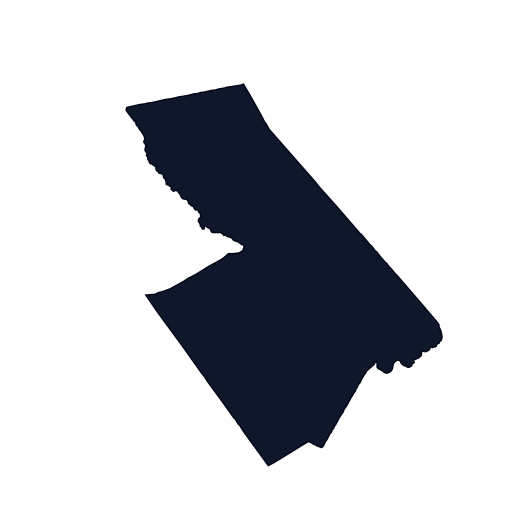 the district of Cahabón, Alta Verapaz, Guatemala, rotated 236°
{"feature_id": "79465075B65664017230403", "entity_name": "Cahabón", "entity_type": "district", "adm_level": 2, "iso_a3": "GTM", "parent_name": "Guatemala", "parent_adm1": "Alta Verapaz", "projection": "albers", "projection_center": [-89.715, 15.61], "detail": "fine", "context": "isolated", "style": "filled", "palette": "ink", "viewbox_px": 512, "rotation_deg": 236, "n_neighbors": 0, "source": "geoboundaries", "source_scale": "gbopen_adm2", "svg_char_len": 4737}
<svg xmlns="http://www.w3.org/2000/svg" viewBox="0 0 512 512"><g transform="rotate(236 256 256)"><path d="M449.4,229.8L439.2,230.3L438.6,230.6L436.2,230.4L434.8,231.2L431.4,230.1L429.2,230.7L426.1,230.2L423.5,230.6L417.7,230.3L414.9,229.1L413.7,227.1L412.5,226.5L411.7,227.0L409.7,226.5L408.8,226.2L408.3,225.8L407.9,225.2L407.0,224.2L406.5,223.7L406.0,223.3L405.2,223.0L402.9,223.1L402.4,223.1L401.6,222.7L401.3,222.1L400.8,221.5L400.0,221.4L399.5,221.6L398.9,221.6L398.3,221.4L397.6,221.0L396.6,220.4L395.8,220.4L394.9,220.5L394.0,220.3L393.3,220.0L392.8,220.0L392.0,220.0L391.5,220.2L391.1,220.5L390.8,220.9L390.1,221.5L389.6,221.5L388.4,221.8L387.9,222.1L387.2,222.4L386.7,222.7L386.2,222.8L385.4,222.7L384.7,222.2L384.1,221.8L383.4,221.5L383.0,221.4L382.1,221.4L380.7,222.1L380.3,222.1L379.6,221.9L378.9,221.9L378.4,222.3L378.0,222.8L377.1,223.8L376.3,224.1L375.7,224.2L375.2,224.3L374.4,224.4L373.8,223.9L373.3,223.5L372.7,223.3L372.1,223.3L371.6,223.5L370.9,223.7L370.3,223.6L368.9,223.3L368.3,223.1L367.8,222.9L366.9,222.5L366.6,222.2L365.8,221.8L365.0,221.9L364.3,222.6L363.9,223.2L363.2,223.5L362.3,223.4L361.7,223.9L361.3,224.5L360.7,224.6L360.2,224.4L359.8,223.7L359.1,223.1L358.5,223.1L357.8,223.3L356.8,223.5L356.0,223.7L355.7,224.1L355.6,224.7L355.6,225.1L355.7,225.6L355.4,226.1L354.8,226.4L354.4,226.8L354.0,227.5L353.2,227.5L352.3,227.4L351.8,227.3L351.0,227.4L350.2,227.5L349.8,227.6L349.2,227.5L348.5,227.4L347.9,227.3L347.3,227.1L345.3,227.2L344.5,227.4L343.8,227.9L343.4,228.4L342.5,229.2L341.9,229.9L341.0,230.3L340.3,230.4L339.7,230.4L339.2,230.4L338.5,230.2L338.1,229.9L337.4,229.6L336.8,229.7L336.4,230.0L335.8,230.4L335.1,230.2L334.4,230.3L333.7,230.6L333.2,231.1L332.7,231.4L331.9,231.8L331.2,231.6L330.4,231.4L329.7,231.4L329.0,231.6L328.3,231.6L327.7,231.9L327.5,232.3L327.2,232.8L326.7,233.4L326.0,233.6L325.3,233.4L324.7,233.1L324.2,233.0L323.8,233.1L323.2,233.4L322.6,233.6L321.9,233.5L321.4,233.2L320.9,232.9L320.5,232.6L319.8,232.3L319.4,232.0L319.0,231.3L318.9,230.4L318.7,229.8L318.5,228.9L318.1,228.5L317.2,227.8L316.5,227.6L315.1,227.6L314.1,227.6L313.4,227.5L312.7,227.0L312.3,226.7L311.6,226.7L310.8,227.1L310.2,227.0L309.6,226.7L308.8,226.8L308.3,226.9L307.7,227.4L307.5,228.1L308.0,228.6L308.5,229.0L308.9,229.4L309.5,230.1L309.6,230.6L309.6,231.1L309.0,231.3L308.4,231.4L307.4,231.5L306.7,231.8L306.1,232.1L305.2,232.7L304.8,232.9L304.2,233.2L303.6,233.2L302.9,233.1L302.3,232.7L301.5,232.7L300.9,232.7L300.2,232.9L299.6,233.4L299.3,233.8L299.0,234.3L298.6,234.6L298.3,235.0L298.1,235.7L298.0,236.3L297.5,236.8L297.0,237.0L296.4,237.6L296.4,238.2L296.3,238.9L295.7,239.5L295.1,239.8L294.6,239.9L292.8,240.9L291.8,240.8L291.2,240.9L290.8,241.7L290.7,242.2L290.3,242.7L289.6,242.8L289.1,242.8L288.3,243.0L287.9,243.5L287.1,244.1L286.2,244.8L285.6,245.1L284.7,246.1L282.0,246.1L280.4,246.9L278.2,248.9L273.9,250.4L272.3,251.6L270.5,251.5L268.4,249.0L267.8,247.6L268.0,243.7L270.7,238.3L273.4,234.5L272.6,229.3L272.5,224.6L273.8,211.4L274.4,195.3L275.4,187.7L275.4,181.9L276.8,166.4L278.9,158.2L280.2,154.6L280.8,150.2L281.8,149.0L285.2,142.8L264.0,143.0L223.5,144.6L189.4,145.4L184.7,145.9L179.3,145.6L154.7,146.6L134.2,147.1L132.2,147.6L126.6,147.3L124.4,147.8L118.1,147.5L75.4,149.0L74.7,155.3L73.0,195.5L71.2,197.0L67.4,198.7L65.8,200.0L64.7,200.2L60.6,203.2L60.6,204.8L61.2,206.2L63.7,210.4L63.8,211.4L67.3,217.8L67.8,219.8L69.0,221.5L69.9,224.3L71.4,226.4L71.5,227.4L75.8,235.5L78.1,241.2L79.4,242.9L81.2,247.4L85.9,256.6L88.8,263.3L89.9,264.3L90.0,265.4L92.0,268.7L92.9,271.6L94.9,274.8L97.5,280.5L97.5,281.2L98.8,283.1L100.2,293.7L101.5,295.7L101.6,296.8L99.5,296.6L96.3,294.3L94.7,294.2L89.8,296.8L87.6,297.3L85.8,298.8L85.1,300.7L85.2,303.8L85.7,304.7L85.9,305.6L88.6,308.2L90.5,310.9L90.8,314.8L88.9,316.9L85.2,316.4L82.5,317.3L80.9,318.7L79.0,319.5L78.2,320.5L77.9,323.7L79.2,324.8L79.3,327.7L81.8,328.2L80.6,333.7L81.1,337.4L81.7,337.9L84.3,340.0L84.1,340.8L82.4,342.4L81.5,343.9L81.3,347.0L83.1,350.1L81.3,351.2L81.2,352.7L80.5,353.7L80.5,355.1L81.8,356.3L81.5,359.2L82.4,360.2L82.4,362.3L84.1,364.3L85.2,365.2L90.7,367.4L94.2,368.0L95.5,368.1L96.4,369.2L100.5,369.1L125.3,366.3L161.7,362.0L162.6,361.6L171.0,360.8L171.8,360.4L177.1,360.2L177.7,359.8L186.0,358.7L192.1,358.4L193.4,357.7L200.0,357.4L200.9,356.9L215.1,355.4L216.0,354.9L254.2,350.3L278.5,346.9L284.0,346.6L353.7,337.7L360.0,338.3L362.6,338.0L367.7,338.8L383.9,340.2L392.5,340.9L405.5,341.7L406.3,338.6L412.6,325.2L412.7,324.2L415.6,317.7L416.2,315.4L418.0,312.0L421.3,303.6L422.4,301.9L423.2,298.6L425.0,295.4L427.5,288.5L431.3,280.4L432.3,277.2L433.2,275.7L433.3,274.7L436.3,268.7L441.0,256.4L443.8,250.7L443.9,249.7L446.6,244.2L451.4,231.9L449.4,229.8Z" fill="#0f172a" stroke="#020617" stroke-width="1.5"/></g></svg>